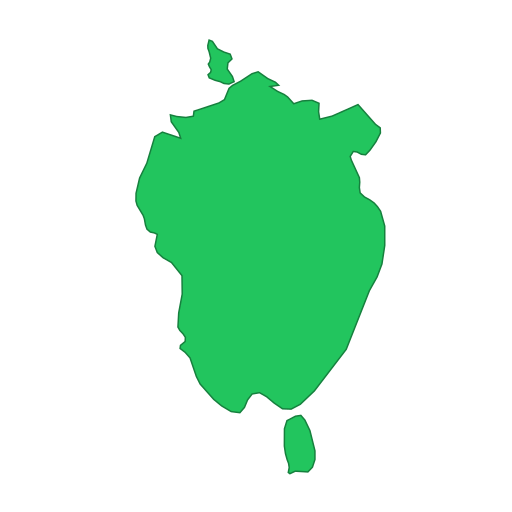 the Province of Bohol, rotated 296°
{"feature_id": "PHL-2513", "entity_name": "Bohol", "entity_type": "Province", "adm_level": 1, "iso_a3": "PHL", "parent_name": "Philippines", "parent_adm1": "", "projection": "natural_earth1", "projection_center": [124.255, 9.856], "detail": "fine", "context": "isolated", "style": "filled", "palette": "green", "viewbox_px": 512, "rotation_deg": 296, "n_neighbors": 0, "source": "natural_earth", "source_scale": "10m", "svg_char_len": 1938}
<svg xmlns="http://www.w3.org/2000/svg" viewBox="0 0 512 512"><g transform="rotate(296 256 256)"><path d="M413.1,249.0L406.9,253.3L415.1,263.1L436.8,281.3L426.7,305.7L425.6,311.5L421.1,313.9L411.2,313.7L400.9,312.0L395.0,310.1L393.6,306.1L393.8,301.3L392.6,297.6L386.8,297.0L384.0,299.6L371.7,314.6L367.8,316.9L362.8,318.9L358.4,321.9L356.6,327.6L356.3,333.8L355.4,339.0L353.6,343.5L350.8,348.4L339.3,358.6L321.9,367.1L304.0,372.7L290.3,374.0L274.6,373.1L211.7,378.0L160.3,367.6L142.1,360.8L133.8,354.7L130.3,346.8L131.8,336.7L134.2,327.2L134.7,319.1L130.3,313.0L123.0,311.5L114.8,312.0L108.1,310.2L105.3,301.9L106.2,290.9L108.6,280.9L116.4,262.0L121.6,255.2L135.5,241.4L138.4,234.4L139.6,228.3L142.6,227.3L148.1,229.8L151.9,228.2L154.1,224.5L155.7,220.2L157.9,217.0L170.9,211.5L189.4,206.4L205.9,198.1L213.1,182.9L213.7,173.3L215.8,165.8L220.4,160.9L232.2,157.8L232.2,154.6L231.2,150.5L232.3,146.3L235.4,143.1L240.6,139.3L243.1,136.7L249.4,127.0L252.8,124.0L259.8,120.7L275.1,117.2L291.6,117.2L318.9,112.7L326.3,117.6L328.8,136.7L333.2,132.5L339.5,121.0L345.3,117.2L346.6,123.6L349.8,132.3L354.2,138.4L359.0,136.8L377.3,155.6L382.7,159.1L394.9,158.3L399.0,160.1L406.3,165.5L418.1,172.5L422.5,177.2L420.6,188.9L420.7,197.3L419.4,201.5L414.5,194.3L413.4,203.3L413.5,210.5L412.8,214.7L409.4,223.2L415.6,229.5L420.5,238.1L420.9,245.7L413.1,249.0ZM121.6,356.0L129.3,361.7L132.4,366.2L130.0,371.8L122.7,381.0L106.7,394.4L98.9,398.2L90.9,399.3L84.7,397.3L79.8,385.6L75.2,381.9L75.6,379.9L80.4,378.6L83.9,376.2L86.6,373.3L91.2,369.2L97.6,364.8L113.2,357.3L121.6,356.0ZM429.8,122.7L425.3,130.5L425.2,137.6L426.1,144.3L422.6,148.0L417.3,146.1L411.4,148.2L407.0,156.1L403.1,159.9L398.7,156.3L397.0,151.5L397.0,147.5L396.0,142.3L395.6,135.9L397.9,133.4L401.1,134.7L403.8,134.1L405.7,131.2L407.6,129.0L410.0,129.4L413.9,128.6L419.0,124.4L421.5,121.8L424.1,120.4L429.5,119.2L429.8,122.7Z" fill="#22c55e" stroke="#15803d" stroke-width="1.5"/></g></svg>